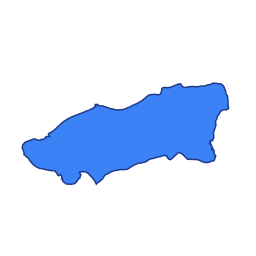 outline of Bali, Taraba, Nigeria, rotated 201°
{"feature_id": "59680162B98222207712503", "entity_name": "Bali", "entity_type": "district", "adm_level": 2, "iso_a3": "NGA", "parent_name": "Nigeria", "parent_adm1": "Taraba", "projection": "albers", "projection_center": [10.998, 8.109], "detail": "fine", "context": "isolated", "style": "filled", "palette": "blue", "viewbox_px": 256, "rotation_deg": 201, "n_neighbors": 0, "source": "geoboundaries", "source_scale": "gbopen_adm2", "svg_char_len": 5307}
<svg xmlns="http://www.w3.org/2000/svg" viewBox="0 0 256 256"><g transform="rotate(201 128 128)"><path d="M188.3,59.9L186.6,60.2L185.4,60.5L184.2,60.7L183.2,61.2L181.9,61.3L180.7,61.8L178.1,60.0L176.4,58.7L175.6,58.7L175.0,59.0L174.6,60.1L173.5,60.1L172.8,59.3L171.8,58.1L171.9,56.7L171.2,57.0L170.7,56.7L170.4,55.5L169.2,54.7L165.7,53.6L163.4,54.3L161.1,55.0L157.8,57.0L156.5,60.1L156.1,62.5L155.0,63.9L155.3,65.2L155.2,67.4L157.4,69.0L157.5,69.6L156.3,70.1L155.3,70.7L153.3,71.5L152.5,71.7L151.4,71.8L150.4,71.6L148.7,71.3L145.3,69.5L144.1,69.2L143.2,68.6L142.1,68.0L141.3,67.4L140.5,66.8L140.0,66.4L139.4,66.0L138.3,65.0L137.5,64.3L137.1,65.5L136.5,66.1L136.1,66.8L135.7,67.4L133.5,71.2L132.8,75.4L132.2,76.2L131.4,77.1L130.4,78.0L129.4,79.1L128.9,80.0L127.9,81.1L126.7,82.2L126.1,82.6L125.7,83.1L124.5,83.8L123.3,84.5L122.1,85.2L121.7,85.6L121.1,86.0L120.1,86.5L119.5,86.8L118.0,87.2L117.0,87.7L116.0,88.2L114.4,88.9L113.2,90.0L112.8,90.4L112.4,91.1L111.5,92.6L111.4,92.7L110.7,93.5L110.1,94.4L109.1,95.5L108.3,96.3L107.5,97.2L106.3,98.1L105.8,98.8L105.2,99.2L103.5,99.9L102.3,100.6L101.5,101.3L99.5,102.7L98.3,104.0L97.8,105.1L97.2,105.8L97.0,106.1L96.6,106.6L95.6,107.5L94.2,108.2L93.0,109.1L92.0,110.0L91.0,110.6L89.8,111.5L89.0,112.0L87.6,112.9L87.5,113.0L85.8,114.5L83.6,115.6L82.5,115.7L82.3,115.8L79.0,113.5L77.5,113.6L76.9,113.7L71.9,123.4L68.1,123.2L61.2,120.2L51.8,123.4L44.9,123.2L43.4,123.6L41.5,124.1L35.9,128.6L36.0,132.5L36.2,133.2L36.4,133.9L37.5,133.9L38.6,135.5L39.5,136.3L39.3,137.4L39.8,138.0L40.9,138.1L41.8,137.5L42.4,138.2L41.4,138.7L41.3,139.1L41.7,139.3L42.1,139.0L42.4,139.4L42.2,139.9L42.9,140.8L43.2,141.1L44.5,141.7L44.5,142.6L46.2,142.4L46.4,142.8L45.7,144.0L46.6,144.9L46.7,145.7L45.9,146.0L45.0,146.2L44.6,146.3L44.7,147.6L44.5,148.6L44.4,149.9L45.1,150.9L45.5,152.0L46.2,153.4L46.4,154.0L46.7,155.1L46.5,156.3L46.8,157.2L46.8,157.8L46.6,158.4L46.9,159.9L46.8,161.2L47.0,162.0L47.3,163.1L47.9,164.1L48.4,164.7L48.6,165.5L48.7,166.8L48.3,167.9L48.3,168.5L48.6,169.3L48.6,170.0L48.7,171.7L48.1,172.7L47.8,174.0L47.8,174.7L47.8,175.7L47.3,176.8L46.9,177.7L46.3,178.5L44.7,179.5L44.3,179.7L43.7,179.9L42.7,180.2L42.1,180.8L41.3,181.7L41.3,182.8L42.0,183.8L42.9,185.4L43.6,187.1L44.1,188.3L44.5,189.4L45.0,190.4L45.5,191.5L46.1,192.3L46.6,193.5L47.0,193.9L48.5,194.9L49.2,195.7L49.6,196.3L50.1,197.6L51.2,198.6L52.3,199.8L53.1,200.8L53.8,201.2L54.4,201.6L56.3,202.4L57.6,202.3L58.3,202.2L58.8,202.1L59.6,201.8L61.7,201.3L62.5,201.1L63.5,200.6L64.3,200.6L65.1,199.9L65.5,199.4L66.1,198.8L67.9,197.2L68.5,197.2L69.3,196.5L69.9,195.9L70.7,195.4L71.1,194.8L72.5,194.1L73.3,193.8L74.4,193.6L75.0,193.3L75.8,192.7L76.6,192.2L77.0,191.8L77.6,191.3L78.4,191.3L79.2,191.0L80.4,190.5L81.5,190.3L82.3,190.0L83.3,189.6L84.3,189.1L85.3,188.6L85.9,188.4L86.5,188.0L86.9,187.5L87.5,187.3L88.3,186.6L89.4,186.3L90.0,186.1L90.8,186.1L91.8,186.2L92.5,186.4L93.3,187.0L94.5,188.1L95.0,187.8L95.8,187.5L96.5,187.3L98.2,185.7L98.6,185.4L99.2,184.8L100.4,183.7L100.8,183.3L101.4,182.6L102.4,181.7L103.0,181.3L103.8,180.6L104.4,180.4L105.4,179.9L106.0,179.7L107.1,179.4L108.5,178.9L109.5,178.3L110.5,177.2L110.2,175.5L109.9,174.2L109.7,173.2L109.8,171.9L109.8,171.3L111.6,169.9L113.0,169.4L114.3,169.4L115.3,168.9L116.3,168.4L116.9,168.2L118.9,167.1L120.1,166.4L120.5,165.9L121.3,164.8L121.9,163.8L122.2,162.9L122.8,162.0L123.4,160.9L124.2,159.6L124.5,158.8L125.5,157.6L126.3,156.6L127.7,155.0L128.2,154.2L129.6,152.8L130.2,152.4L131.2,151.3L132.4,150.2L132.9,149.5L133.2,149.1L133.6,148.4L135.0,147.3L135.6,146.9L136.2,146.2L136.7,145.5L137.5,144.9L138.3,144.2L138.9,143.8L139.5,143.3L140.3,142.8L141.1,142.4L142.0,142.1L142.6,141.9L143.4,141.4L144.0,141.2L145.0,140.7L145.8,140.7L147.3,140.4L148.1,140.4L149.7,140.1L151.2,139.8L152.2,139.8L152.8,139.7L154.1,139.7L154.9,139.6L156.1,139.6L156.8,139.8L158.0,139.5L158.6,139.5L160.1,139.4L160.8,139.1L161.3,138.9L162.1,138.5L164.3,138.8L165.4,139.1L165.5,138.7L165.6,138.0L166.2,137.7L166.6,138.0L167.0,138.1L167.0,137.4L166.7,137.2L166.1,137.0L166.0,136.3L166.4,136.0L166.7,135.6L167.0,135.2L167.4,134.6L168.0,133.5L169.1,132.7L169.7,131.8L170.1,131.3L170.5,130.9L171.4,130.0L172.6,129.1L173.5,128.4L174.7,127.1L175.7,126.3L176.6,125.3L177.3,124.7L178.4,123.8L179.2,123.1L179.4,122.9L179.9,122.4L180.9,121.4L181.9,120.7L182.9,119.7L184.1,118.6L185.1,117.6L185.8,116.8L186.4,116.2L187.4,115.1L188.1,114.0L189.2,112.6L190.2,111.3L190.6,110.6L191.2,109.7L192.0,108.0L192.6,106.6L192.7,106.4L193.4,105.0L194.0,104.2L194.2,103.5L194.8,102.3L195.4,100.9L196.1,99.7L196.5,99.0L196.8,98.3L198.5,96.2L198.9,95.8L199.3,95.4L200.2,94.1L198.2,92.0L198.8,91.7L200.6,91.1L201.3,90.8L201.8,89.2L202.2,88.4L202.5,87.3L203.4,87.0L204.1,86.4L205.1,86.2L206.2,84.8L207.5,84.6L208.6,84.1L209.8,84.5L210.7,84.5L211.6,84.1L212.3,83.8L213.0,83.1L213.4,82.8L213.7,82.5L214.6,81.7L215.6,80.9L216.7,79.8L218.4,78.5L219.1,77.5L219.6,76.4L220.1,74.6L220.0,73.7L219.9,72.9L219.9,72.4L219.5,71.4L216.7,68.4L215.9,67.1L215.6,65.9L214.6,65.6L213.5,65.3L212.5,64.7L211.6,64.5L211.0,64.3L210.0,64.0L209.5,63.6L208.4,62.6L207.0,61.8L205.7,61.0L202.1,59.5L201.0,59.1L199.8,59.0L198.8,58.8L197.5,58.6L196.7,58.7L195.9,58.7L195.0,59.0L193.8,59.0L192.8,59.5L192.2,59.5L191.1,59.6L190.3,59.6L189.7,59.6L189.1,59.9L188.3,59.9Z" fill="#3b82f6" stroke="#1e3a8a" stroke-width="1.5"/></g></svg>